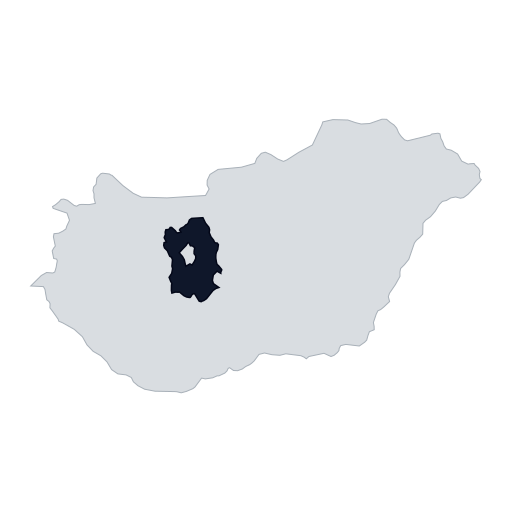 Hungary, with Fejér highlighted
{"feature_id": "HUN-3162", "entity_name": "Fejér", "entity_type": "County", "adm_level": 1, "iso_a3": "HUN", "parent_name": "Hungary", "parent_adm1": "", "projection": "mercator", "projection_center": [18.516, 47.132], "detail": "fine", "context": "in_parent", "style": "filled", "palette": "ink", "viewbox_px": 512, "rotation_deg": 0, "n_neighbors": 0, "source": "natural_earth", "source_scale": "10m", "svg_char_len": 4039}
<svg xmlns="http://www.w3.org/2000/svg" viewBox="0 0 512 512"><path d="M431.8,134.0L438.1,133.2L438.4,133.4L439.9,133.8L440.9,138.5L441.1,138.8L442.7,141.8L444.1,145.9L446.3,149.0L451.2,150.2L457.6,154.0L461.7,161.1L468.0,164.1L468.4,164.1L469.7,163.8L474.1,163.5L475.0,165.0L478.6,168.4L480.0,171.5L479.3,174.7L479.9,178.4L481.3,179.7L479.6,182.1L468.0,194.3L463.5,197.6L460.4,198.2L455.7,197.0L450.8,197.9L446.4,200.5L442.4,201.4L439.3,204.5L435.3,211.1L430.5,216.7L425.6,220.2L423.0,223.3L422.7,234.1L420.0,237.2L416.4,240.3L414.4,243.0L408.8,259.3L404.6,264.5L400.6,268.5L399.9,272.1L400.0,276.3L395.4,284.6L389.5,293.2L388.3,296.7L389.6,301.5L383.9,306.9L380.6,309.6L377.9,310.8L376.2,314.2L373.4,322.5L374.1,326.3L374.2,329.7L369.4,331.7L368.0,335.4L366.7,340.1L364.7,342.2L359.3,346.0L345.8,344.4L340.7,345.6L339.2,348.4L338.9,350.6L337.2,352.7L334.1,355.3L331.0,356.5L324.0,353.3L308.9,356.5L306.3,358.8L304.2,357.2L300.9,355.7L285.8,353.8L279.9,355.3L271.9,354.7L264.5,353.0L259.0,354.4L254.2,360.9L251.8,363.1L249.9,364.5L245.7,366.5L242.3,369.0L237.6,370.7L233.5,370.5L229.6,367.7L228.2,368.3L227.0,370.9L224.8,373.1L219.0,375.8L217.5,375.8L217.2,375.8L212.7,377.8L205.3,378.9L201.6,378.1L194.9,387.1L192.8,388.7L186.4,391.4L181.2,392.8L176.7,391.7L174.9,391.6L155.0,391.2L144.6,389.2L137.9,385.7L133.4,381.8L131.3,377.5L126.1,374.9L117.9,373.9L111.6,369.6L107.0,361.9L100.9,355.8L93.1,351.3L87.0,344.9L82.4,336.7L74.2,329.3L62.4,322.7L58.8,321.2L58.1,319.1L52.3,310.9L49.9,307.8L50.1,303.7L48.9,301.4L46.8,299.8L45.7,293.9L45.0,289.5L43.4,286.6L30.7,286.0L41.3,275.5L46.6,272.5L52.7,273.0L54.7,272.1L55.2,270.6L56.2,267.1L56.7,263.9L57.3,260.8L56.6,259.1L53.7,258.5L52.2,250.9L53.7,248.1L55.3,246.1L53.4,236.8L54.0,233.7L58.7,233.2L62.7,231.2L65.9,229.0L66.8,226.1L69.5,220.3L67.0,213.1L53.2,208.4L52.5,206.6L55.7,204.6L59.1,201.7L61.1,199.4L63.8,199.1L67.5,200.3L74.2,205.5L76.7,206.2L79.2,204.7L81.8,204.4L89.2,204.6L95.4,203.4L94.0,197.8L94.0,193.8L93.0,190.6L93.6,187.0L96.1,184.3L96.9,178.0L100.7,173.8L102.6,173.2L109.4,174.0L111.0,175.1L112.0,175.3L122.9,185.6L133.2,193.3L141.6,197.2L153.9,197.5L167.0,197.9L189.0,196.5L205.5,195.5L206.6,193.6L209.1,189.0L207.1,185.1L207.2,180.4L210.0,174.4L218.1,169.4L241.4,167.2L254.8,163.4L256.8,158.3L261.3,153.3L265.3,152.2L270.9,154.6L277.6,159.0L283.5,161.4L286.9,159.9L298.8,152.3L312.4,145.0L321.8,125.0L322.8,121.9L332.9,119.6L347.8,120.0L355.4,122.6L361.1,124.0L369.7,123.5L382.0,119.2L386.6,119.3L390.2,122.4L394.0,125.0L396.7,128.2L398.6,132.7L399.7,134.4L401.4,136.7L404.6,139.9L407.6,140.8L430.4,135.2L431.8,134.0Z" fill="#d9dde1" stroke="#a8b0b8" stroke-width="1"/><path d="M169.1,277.3L171.7,273.4L172.6,268.6L171.9,266.1L172.5,259.7L171.5,257.3L169.7,256.2L167.3,250.7L164.5,247.9L163.7,245.3L164.1,242.6L166.4,242.0L164.2,237.7L164.7,236.1L165.4,234.9L165.2,232.0L165.9,229.7L167.5,229.6L169.1,229.2L170.2,227.4L171.6,227.4L175.4,230.8L176.3,232.2L177.5,233.0L181.0,232.1L180.4,230.9L179.5,230.0L180.5,228.5L183.9,226.8L185.8,224.9L187.0,224.4L188.1,223.3L189.4,220.0L191.6,218.4L202.9,217.7L205.5,223.1L208.9,227.3L209.6,229.8L209.2,232.6L211.0,236.9L211.8,237.9L213.7,240.3L214.2,241.7L215.1,242.8L217.3,243.1L218.4,244.7L217.7,249.6L216.3,252.4L215.9,254.3L215.8,256.3L215.8,258.2L216.4,262.0L216.9,264.0L217.4,264.8L218.4,265.5L221.7,269.5L221.6,270.4L221.3,271.1L220.9,271.6L220.8,272.2L220.8,273.3L217.0,271.2L213.3,275.0L212.4,280.4L213.4,283.6L218.9,287.5L215.9,288.5L213.0,290.5L206.5,298.7L203.7,300.6L202.4,301.0L201.2,301.7L199.2,301.2L194.6,293.7L193.2,293.8L191.9,294.8L191.0,296.4L190.2,297.4L189.4,297.5L186.6,297.0L183.9,295.7L179.3,291.9L178.7,292.2L175.3,292.1L171.9,293.1L171.4,290.4L171.5,284.8L171.8,284.2L171.9,283.6L170.6,281.1L169.1,277.3ZM190.4,245.8L189.1,243.1L187.8,242.7L186.1,245.4L182.5,249.1L179.2,252.8L182.4,256.4L184.3,259.8L185.1,263.5L185.9,266.3L189.9,263.9L192.1,265.0L194.5,261.2L195.7,258.5L195.7,255.8L194.1,253.7L194.1,251.2L194.7,247.7L192.3,245.8L190.4,245.8Z" fill="#0f172a" stroke="#020617" stroke-width="1.5"/></svg>